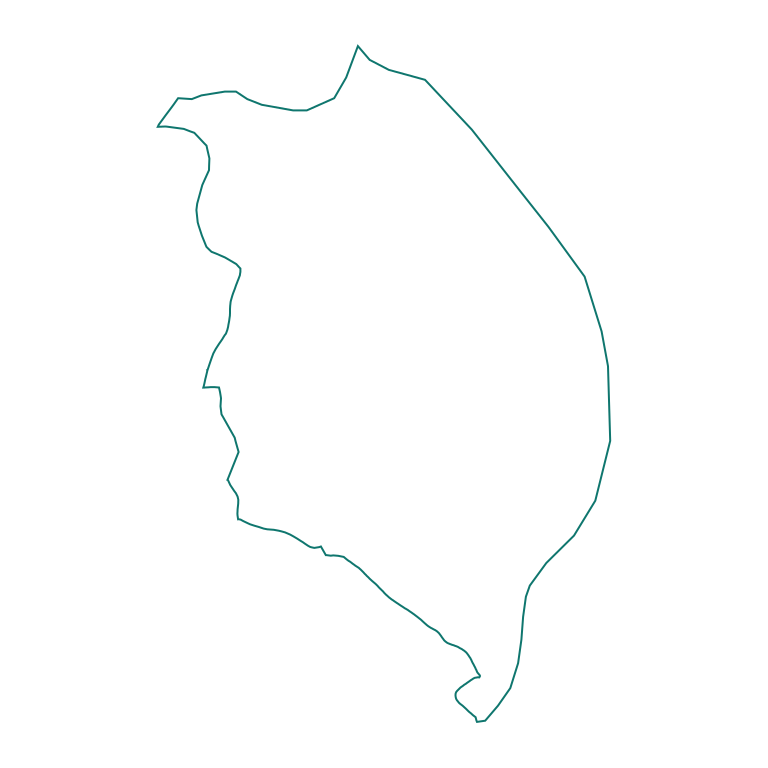 La Guerre, Dauphin, Saint Lucia
{"feature_id": "8701671B53039174443584", "entity_name": "La Guerre", "entity_type": "district", "adm_level": 2, "iso_a3": "LCA", "parent_name": "Saint Lucia", "parent_adm1": "Dauphin", "projection": "natural_earth1", "projection_center": [-60.926, 14.021], "detail": "fine", "context": "isolated", "style": "outline", "palette": "teal", "viewbox_px": 768, "rotation_deg": 0, "n_neighbors": 0, "source": "geoboundaries", "source_scale": "gbopen_adm2", "svg_char_len": 5539}
<svg xmlns="http://www.w3.org/2000/svg" viewBox="0 0 768 768"><path d="M590.4,295.3L584.6,276.6L548.4,226.8L520.8,191.9L471.8,129.6L425.0,79.8L388.9,69.9L369.7,59.9L357.9,46.1L346.2,77.5L334.2,98.2L306.8,110.4L293.1,110.4L261.8,104.8L247.3,99.1L236.0,91.6L224.8,91.6L201.4,95.4L191.8,99.1L178.1,98.2L173.6,104.6L169.3,110.4L165.6,115.3L158.8,124.6L157.8,126.8L165.3,126.5L166.6,126.6L183.8,128.9L190.3,131.4L194.3,132.8L204.5,143.6L206.5,145.6L207.5,150.2L209.4,158.4L209.1,165.9L209.0,170.2L205.0,179.0L202.3,185.0L197.2,203.6L196.4,210.0L197.4,219.4L197.7,222.3L198.6,225.5L201.9,235.6L206.0,245.8L206.5,246.9L209.5,249.9L211.5,251.8L212.8,252.3L216.6,253.8L223.9,257.0L224.5,257.2L226.8,258.5L236.3,264.1L239.3,267.4L240.4,268.5L240.4,270.3L240.4,271.9L240.0,274.2L239.9,275.2L238.3,279.5L237.5,281.4L237.4,281.8L236.1,285.1L235.1,288.0L234.8,288.9L233.1,293.3L232.3,295.7L230.9,300.6L230.6,301.9L230.3,304.8L230.2,305.6L230.0,309.1L230.0,311.4L230.0,313.3L229.9,315.1L229.9,315.7L229.7,316.9L229.4,319.0L229.2,320.6L228.9,322.3L228.6,323.8L228.4,324.8L228.1,326.8L227.3,330.0L227.1,330.5L226.2,333.0L225.9,333.7L225.6,334.1L225.1,334.7L224.5,335.5L223.8,336.7L223.5,337.1L222.4,339.0L220.7,341.5L220.2,342.2L219.0,343.9L216.1,348.4L215.6,349.2L213.3,353.5L211.6,358.1L209.6,363.9L209.1,365.4L208.2,368.1L207.6,369.9L207.2,370.1L207.4,370.5L205.8,377.2L205.4,378.7L204.5,383.0L203.8,386.0L203.3,387.6L204.2,387.6L205.1,387.5L208.7,387.3L211.0,387.1L212.4,387.1L214.2,387.1L215.4,387.2L219.0,387.5L220.0,392.0L220.7,396.2L221.0,398.3L220.5,406.3L221.5,414.3L222.1,415.4L222.7,416.4L234.7,437.7L235.5,441.0L238.6,452.0L227.8,479.1L227.5,479.8L227.9,479.9L228.9,482.1L230.3,485.1L234.1,490.8L235.9,493.2L237.6,496.6L238.3,499.8L238.2,503.7L237.6,509.3L237.5,512.1L237.4,513.2L237.5,515.2L238.1,519.3L238.6,519.2L240.6,519.6L243.1,521.0L247.5,523.1L250.1,524.3L254.4,525.7L258.9,527.0L263.7,528.6L267.3,529.3L273.8,529.8L278.7,530.7L281.2,531.3L285.1,532.4L290.2,534.6L293.6,536.5L297.3,538.7L301.0,541.1L302.7,542.1L305.1,543.8L308.1,545.8L310.1,546.9L311.5,547.3L314.3,547.9L319.3,547.1L320.9,546.5L325.8,555.1L326.4,555.1L330.8,555.7L333.2,555.4L338.1,555.8L343.7,556.9L346.7,559.4L348.0,560.4L348.7,560.9L349.4,561.3L350.1,561.7L350.7,562.2L351.3,562.6L351.9,563.1L352.5,563.6L353.1,564.0L353.8,564.5L354.5,565.0L355.1,565.5L355.7,565.9L356.5,566.4L357.1,566.8L357.9,567.3L358.5,567.7L359.2,568.2L359.7,568.8L360.4,569.3L361.0,569.9L361.5,570.4L362.1,571.0L362.6,571.5L363.2,572.1L363.7,572.6L364.2,573.2L364.8,573.9L365.4,574.4L366.0,575.0L366.5,575.6L367.1,576.2L367.8,576.8L368.3,577.3L368.9,577.9L369.5,578.6L370.1,579.1L370.6,579.6L371.2,580.1L371.8,580.7L372.4,581.2L373.1,581.8L373.8,582.4L374.4,582.9L375.1,583.5L375.9,584.2L376.5,584.8L377.1,585.4L377.7,586.0L378.2,586.6L378.8,587.3L379.4,587.9L380.0,588.5L380.6,589.1L381.2,589.6L381.7,590.2L382.4,590.8L383.0,591.4L383.5,592.0L384.1,592.7L384.6,593.3L385.2,593.8L385.7,594.4L386.4,595.0L387.0,595.5L387.6,596.1L388.2,596.6L388.8,597.2L389.4,597.7L390.1,598.2L390.7,598.7L391.5,599.3L392.2,599.8L392.9,600.2L393.7,600.8L394.4,601.3L395.0,601.7L395.6,602.1L396.3,602.6L396.9,603.0L397.7,603.5L398.3,603.9L399.0,604.4L399.6,604.8L400.2,605.2L400.8,605.6L401.7,606.2L402.4,606.6L403.1,607.1L403.7,607.5L404.3,607.9L405.0,608.4L405.7,608.7L406.5,609.2L407.2,609.6L407.9,610.0L408.5,610.5L409.1,610.9L409.8,611.4L410.4,611.8L411.0,612.2L411.6,612.6L412.4,613.2L413.1,613.7L413.7,614.1L414.4,614.6L415.0,615.1L415.7,615.6L416.3,616.1L416.9,616.5L417.6,617.1L418.3,617.6L418.9,618.1L419.5,618.6L420.2,619.1L420.8,619.6L421.4,620.1L421.9,620.6L422.5,621.2L423.2,621.8L423.7,622.3L424.3,622.8L424.8,623.3L425.4,623.8L426.0,624.3L426.6,624.9L427.4,625.5L428.0,626.0L428.6,626.4L429.2,626.8L429.8,627.2L430.5,627.6L431.1,628.0L431.8,628.3L432.5,628.7L433.2,629.1L433.8,629.4L434.5,629.8L435.2,630.1L435.8,630.5L436.5,631.0L437.1,631.4L437.7,632.0L438.3,632.5L438.9,633.1L439.4,633.7L439.8,634.3L440.3,634.9L440.7,635.5L441.2,636.1L441.6,636.8L442.1,637.5L442.7,638.3L443.3,639.1L443.8,639.8L444.2,640.4L444.8,640.9L445.4,641.5L446.0,641.9L446.6,642.4L447.2,642.8L447.8,643.1L448.6,643.5L449.3,643.7L450.1,644.1L450.8,644.3L451.7,644.7L452.4,644.9L453.1,645.1L453.8,645.3L454.5,645.6L455.2,645.9L455.9,646.1L456.7,646.4L457.4,646.7L458.1,647.0L458.9,647.5L459.5,647.9L460.2,648.3L460.9,648.6L461.6,649.0L462.3,649.4L462.9,649.9L463.6,650.3L464.3,650.8L464.9,651.3L465.6,651.9L466.2,652.4L466.7,653.0L467.2,653.6L467.7,654.3L468.3,655.1L468.9,656.0L469.4,656.8L469.9,657.5L470.4,658.2L470.7,658.9L471.2,659.7L471.5,660.5L471.9,661.3L472.2,662.0L472.7,663.0L473.2,663.8L473.6,664.6L474.0,665.3L474.3,666.0L474.7,666.7L475.1,667.4L475.4,668.1L475.7,668.9L476.2,669.7L476.5,670.5L476.8,671.2L477.1,671.9L477.5,672.6L479.7,675.2L480.0,676.0L479.3,677.4L477.7,677.3L476.2,677.6L474.8,677.8L473.4,678.5L472.1,679.4L470.8,680.2L469.6,681.1L468.3,682.0L467.0,682.9L465.7,683.9L464.3,684.7L463.1,685.7L461.8,686.6L460.5,687.5L459.4,688.6L458.3,689.7L457.2,690.8L456.1,692.2L455.6,693.7L455.5,695.4L455.7,697.1L456.1,698.7L456.9,700.2L457.9,701.4L458.9,702.7L460.1,703.8L461.3,704.7L462.6,705.7L463.7,706.7L464.9,707.8L466.0,708.8L467.2,710.0L468.3,711.1L469.5,712.2L470.7,713.1L471.9,714.2L473.1,715.3L474.3,716.2L475.6,717.2L476.0,718.8L476.4,720.4L477.0,721.9L485.2,720.7L498.0,705.7L510.3,688.1L518.1,663.2L521.4,639.7L523.1,616.9L525.9,596.7L529.8,585.6L546.3,563.0L574.0,535.6L595.3,500.7L610.2,440.9L608.0,366.2L601.6,331.4L590.4,295.3Z" fill="none" stroke="#0f766e" stroke-width="2"/></svg>